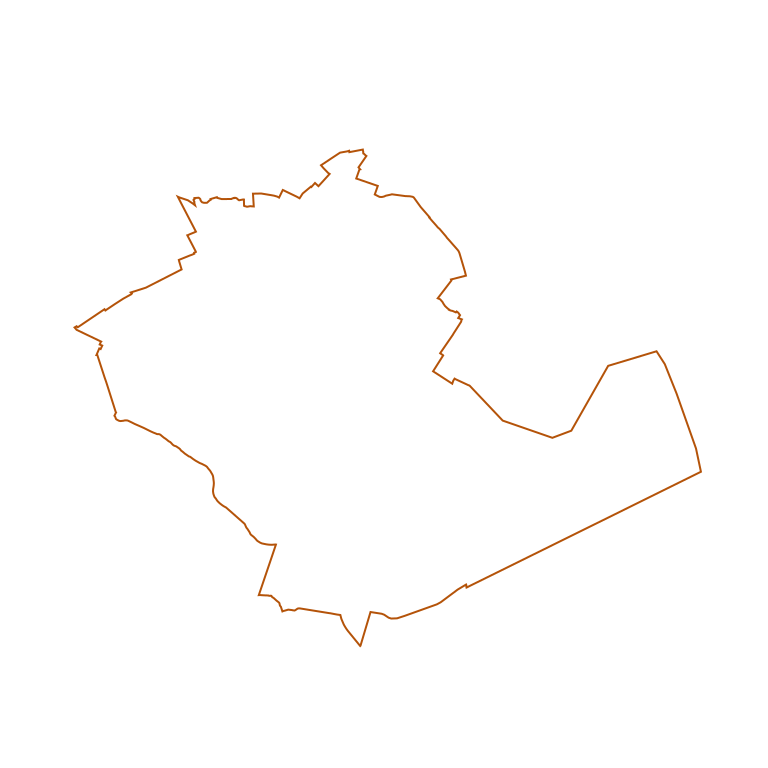 Oldambt, Groningen, Netherlands (Albers equal-area conic projection), rotated 72°
{"feature_id": "6326949B72784129724607", "entity_name": "Oldambt", "entity_type": "district", "adm_level": 2, "iso_a3": "NLD", "parent_name": "Netherlands", "parent_adm1": "Groningen", "projection": "albers", "projection_center": [7.028, 53.222], "detail": "fine", "context": "isolated", "style": "outline", "palette": "amber", "viewbox_px": 768, "rotation_deg": 72, "n_neighbors": 0, "source": "geoboundaries", "source_scale": "gbopen_adm2", "svg_char_len": 5973}
<svg xmlns="http://www.w3.org/2000/svg" viewBox="0 0 768 768"><g transform="rotate(72 384 384)"><path d="M330.9,650.2L332.0,649.8L334.1,649.7L334.7,649.6L335.1,649.3L336.6,647.9L336.9,647.6L337.2,647.2L337.6,646.5L337.7,646.3L337.9,645.8L338.1,644.7L338.4,643.4L338.5,642.0L338.6,641.4L339.1,640.0L339.4,639.3L339.6,639.0L340.5,638.0L342.9,635.5L343.7,634.7L344.9,633.5L346.5,631.7L348.0,630.0L351.5,626.1L356.8,620.7L358.9,618.4L360.7,616.2L361.1,615.8L361.3,615.6L361.7,614.9L362.1,613.6L362.4,613.2L362.9,612.6L363.2,612.3L364.4,611.6L367.2,609.8L368.4,608.8L370.0,607.7L371.9,606.5L372.9,605.5L373.6,605.0L374.4,604.6L376.2,603.8L377.3,603.1L377.5,602.9L378.0,602.4L378.8,601.3L379.2,600.8L380.4,599.9L381.9,598.7L382.5,598.4L382.7,598.2L384.7,597.5L385.5,596.9L386.7,596.1L388.7,594.9L389.2,594.5L392.5,592.0L392.7,591.8L393.2,591.0L393.5,590.7L394.1,590.3L395.4,589.4L396.4,588.7L398.7,586.9L401.1,584.7L402.2,583.7L403.6,582.0L404.9,580.7L406.6,579.0L407.7,578.2L408.2,577.9L408.9,577.7L410.3,577.2L412.2,576.4L413.4,576.0L414.9,575.7L417.1,575.2L418.7,575.1L420.1,575.3L422.1,575.7L423.8,576.0L425.5,576.4L426.1,576.6L427.6,577.2L429.3,578.0L431.2,579.0L432.2,579.4L433.3,579.8L435.0,580.1L435.7,580.2L437.9,580.2L438.7,580.1L439.1,580.1L439.7,579.9L440.8,579.4L443.1,578.8L444.2,578.4L445.3,577.8L446.5,577.2L447.7,576.4L448.9,575.6L449.7,575.0L450.6,574.3L451.9,573.1L452.6,572.4L473.9,559.8L474.9,559.6L476.1,559.5L477.9,559.3L478.5,559.1L479.5,558.7L482.1,558.0L483.6,557.6L485.0,557.5L485.8,557.3L486.6,556.9L488.2,555.8L489.5,555.0L491.8,553.9L493.1,553.4L494.1,552.9L494.7,552.4L496.5,550.9L497.8,549.5L498.4,548.5L500.1,545.5L501.1,543.4L501.5,542.4L502.1,540.8L502.4,539.8L503.1,536.8L503.3,536.4L513.0,543.6L546.1,568.3L546.4,567.1L547.0,565.7L548.1,562.9L549.3,559.6L549.5,559.2L549.9,558.8L550.0,558.6L550.4,557.0L550.6,556.7L550.8,556.8L551.1,556.6L552.4,556.0L552.6,555.8L553.2,555.2L553.9,554.8L555.3,554.0L556.9,553.1L559.1,551.6L559.8,551.3L560.2,551.2L562.0,551.4L562.4,551.4L562.7,551.4L564.0,550.9L568.9,550.9L568.8,549.8L568.8,549.3L568.9,548.6L569.0,544.8L569.7,543.3L570.6,541.3L570.8,541.1L571.5,539.7L571.7,539.2L571.8,539.0L571.7,538.5L571.7,538.2L571.0,535.9L570.9,535.4L571.0,535.1L571.0,534.7L571.3,533.6L571.5,533.2L580.9,514.9L585.1,506.7L585.4,506.0L587.4,502.4L588.7,500.0L590.2,496.9L593.6,497.1L594.7,497.1L596.9,496.9L598.0,496.8L600.2,496.6L601.3,496.4L603.5,495.9L605.7,495.3L607.8,494.6L625.8,487.6L625.6,487.2L596.7,467.3L601.8,457.2L603.5,455.1L607.7,451.8L609.3,449.6L610.9,444.0L610.9,436.0L609.9,401.8L609.1,397.5L602.3,377.5L600.3,368.8L600.1,367.9L601.0,367.9L602.2,368.3L603.1,368.4L602.9,366.9L602.6,365.2L583.3,232.5L565.4,109.7L541.8,107.2L483.6,108.7L451.9,110.8L437.1,114.7L436.0,165.2L486.3,220.3L487.2,240.5L455.5,282.4L412.2,303.0L411.5,303.6L411.3,304.0L401.6,314.4L400.7,315.2L402.1,316.9L402.4,317.2L404.8,319.0L387.1,333.4L375.1,318.9L374.7,319.1L373.4,320.1L372.4,320.9L372.1,321.1L358.3,303.1L357.8,302.6L357.6,302.4L354.5,298.6L348.6,291.4L346.9,290.4L346.6,290.0L344.2,293.0L342.0,290.4L341.3,290.7L339.3,291.3L338.6,291.7L337.5,292.5L338.1,293.5L335.8,296.1L335.6,296.4L335.3,296.9L335.0,297.5L334.2,298.6L333.6,299.2L333.4,299.0L332.2,299.9L331.7,300.2L330.3,301.0L328.6,301.9L327.2,302.3L326.2,302.6L323.8,303.1L323.2,303.4L321.3,304.2L320.9,304.4L320.6,304.6L320.2,305.1L319.1,306.4L306.4,287.9L305.3,288.0L306.3,272.6L302.1,272.3L283.0,271.8L281.7,271.9L280.9,272.0L279.8,272.3L278.8,272.7L272.1,275.6L268.1,277.3L264.3,279.0L262.9,279.4L253.7,283.2L251.8,284.4L249.3,285.4L244.3,287.6L240.0,289.4L239.8,289.5L239.6,289.1L227.1,294.4L215.9,298.0L215.5,298.3L214.9,298.8L214.6,299.3L213.5,301.3L211.9,305.6L206.1,317.7L206.0,318.1L206.0,318.9L205.7,322.0L205.5,323.8L205.5,324.5L205.7,325.6L205.6,327.5L205.4,328.5L204.9,329.9L204.7,330.3L204.3,330.8L203.7,331.4L200.9,334.2L193.7,328.7L180.0,346.9L172.3,341.0L172.4,340.4L170.1,341.3L161.7,330.3L161.3,330.6L158.4,332.2L158.3,332.4L157.9,332.4L157.6,332.3L157.0,332.1L156.8,332.0L155.5,331.9L154.5,331.7L152.8,345.3L151.4,345.1L151.4,345.4L151.5,345.4L151.3,347.8L150.4,354.3L153.2,364.5L156.5,376.3L160.3,374.7L165.6,372.1L166.3,371.7L167.4,370.8L175.6,385.2L171.5,387.5L174.2,392.2L173.7,392.5L177.7,402.5L181.3,406.9L178.9,409.1L168.2,420.3L174.3,426.2L172.9,427.5L172.6,427.9L170.9,430.4L169.5,433.0L169.2,433.6L164.9,441.9L162.5,449.8L174.9,453.0L174.1,455.0L173.7,455.9L173.5,456.6L173.4,457.2L173.2,458.9L173.0,459.6L172.9,459.8L172.6,460.2L171.9,461.3L171.6,461.9L171.5,462.0L171.2,462.0L166.1,460.5L165.3,460.2L165.0,460.8L164.6,464.0L164.5,464.8L164.5,465.0L164.3,465.2L164.0,465.5L161.9,466.7L161.5,467.1L161.1,467.6L161.0,468.0L160.8,468.4L160.7,469.0L160.9,469.0L160.7,470.0L160.7,470.7L160.7,471.2L160.9,471.9L158.0,481.2L155.3,485.3L155.2,485.4L154.7,485.3L154.5,491.8L155.2,491.8L155.6,493.4L156.9,496.2L156.9,496.4L156.8,496.8L156.0,499.3L155.0,500.8L154.5,501.1L153.1,501.6L152.9,501.7L151.4,501.6L150.7,501.9L149.7,502.6L149.5,502.9L149.5,503.0L148.7,506.3L149.0,506.2L149.2,506.4L149.5,507.0L149.5,507.3L149.4,507.4L149.5,507.5L149.9,508.2L150.1,508.3L150.3,508.3L151.3,508.1L152.0,508.0L152.3,508.1L152.1,508.2L152.7,508.3L153.7,508.5L155.6,508.5L153.1,510.2L152.5,510.7L150.1,512.6L148.7,513.7L143.3,521.0L142.2,522.2L149.7,521.0L181.0,515.8L181.2,517.5L181.6,523.0L181.8,523.9L181.8,525.1L199.8,522.1L200.3,522.1L200.4,522.3L200.4,522.5L200.5,523.8L200.5,524.1L200.7,524.3L201.5,524.3L201.7,526.3L201.8,529.1L202.6,540.8L203.8,540.9L212.5,541.1L217.8,574.4L218.8,580.7L218.7,596.5L220.0,595.8L220.5,596.5L220.6,596.8L220.7,597.5L222.3,605.7L224.9,615.5L227.8,625.7L227.9,625.9L227.8,626.0L227.9,626.3L226.5,626.7L235.4,657.7L235.4,657.8L235.3,658.0L234.1,658.5L234.6,660.8L237.5,659.6L256.2,640.0L256.3,640.2L256.6,640.4L258.6,642.2L260.4,640.1L263.2,642.7L262.2,643.8L267.6,648.5L267.9,647.7L291.4,647.7L296.0,647.6L299.9,647.6L328.2,647.8L328.3,647.7L330.9,650.2Z" fill="none" stroke="#b45309" stroke-width="2"/></g></svg>